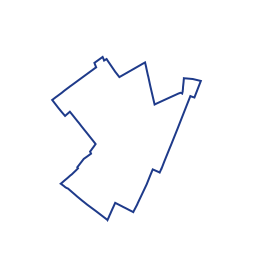 Florica, Buzau, Romania (orthographic projection), rotated 327°
{"feature_id": "2599482B16084496904113", "entity_name": "Florica", "entity_type": "district", "adm_level": 2, "iso_a3": "ROU", "parent_name": "Romania", "parent_adm1": "Buzau", "projection": "orthographic", "projection_center": [26.758, 44.911], "detail": "fine", "context": "isolated", "style": "outline", "palette": "blue", "viewbox_px": 256, "rotation_deg": 327, "n_neighbors": 0, "source": "geoboundaries", "source_scale": "gbopen_adm2", "svg_char_len": 2028}
<svg xmlns="http://www.w3.org/2000/svg" viewBox="0 0 256 256"><g transform="rotate(327 128 128)"><path d="M133.9,180.4L140.0,176.0L141.7,174.8L153.6,166.5L153.8,166.4L169.0,155.7L172.9,152.9L189.4,141.1L197.7,135.2L198.9,136.9L199.1,137.1L199.6,137.7L200.3,138.6L214.7,128.2L209.0,122.2L203.8,118.1L202.7,117.3L202.0,116.7L201.6,117.3L201.1,117.8L200.2,119.0L199.5,119.9L198.6,121.0L196.4,123.7L195.1,125.5L194.2,126.5L193.9,127.0L192.7,128.1L192.2,128.6L191.7,127.6L191.5,127.4L191.3,127.1L190.9,127.0L189.2,126.6L188.6,126.5L187.9,126.4L186.5,126.2L180.6,125.3L172.5,124.1L165.6,123.1L163.1,122.8L169.6,104.8L173.2,95.4L173.2,95.2L173.6,94.1L176.2,87.2L176.3,87.1L178.0,82.3L176.4,82.2L176.0,82.2L175.3,82.1L172.8,82.0L148.5,80.6L147.9,73.9L147.6,60.4L147.6,58.8L147.6,58.5L144.7,58.4L145.1,56.6L145.4,54.6L135.3,55.1L135.1,56.0L134.3,59.8L133.3,59.8L117.3,60.7L103.3,61.5L102.4,61.5L101.3,61.6L95.3,62.0L94.2,62.1L91.8,62.4L85.3,62.8L84.8,62.8L83.4,62.9L82.2,63.0L79.7,63.2L80.5,73.0L81.1,78.5L81.8,83.6L88.1,82.7L88.5,86.3L89.0,91.6L89.4,95.6L89.5,96.0L89.7,98.3L89.9,101.0L90.4,106.2L90.8,109.9L91.2,114.2L91.6,118.2L92.1,123.7L92.1,123.8L89.1,125.0L86.6,125.9L85.1,126.5L83.4,127.1L83.0,129.4L76.9,129.7L74.1,129.8L64.1,133.3L64.1,134.6L61.7,135.1L61.3,135.2L58.6,135.7L55.5,136.3L53.8,136.4L50.0,137.0L46.6,137.4L44.4,137.7L43.1,137.9L42.2,138.0L41.3,138.1L41.4,138.3L41.6,139.0L41.9,139.7L42.1,140.3L42.2,140.6L42.6,141.6L42.9,142.7L43.3,143.8L43.8,144.8L44.7,146.1L46.1,151.0L47.5,155.8L47.9,157.3L50.0,164.0L50.6,165.7L52.0,170.0L55.9,180.4L60.7,193.9L60.7,194.0L61.2,193.7L61.7,193.3L62.6,192.8L63.7,192.1L65.1,191.1L66.6,190.2L67.6,189.5L70.4,187.7L71.0,187.3L72.3,186.5L76.5,183.8L80.6,190.9L80.7,191.1L81.0,191.7L81.7,192.8L83.2,195.4L84.5,197.7L86.0,200.3L86.6,201.4L87.4,200.9L94.0,197.2L95.3,196.3L96.3,195.7L97.9,194.7L100.2,193.3L113.0,185.4L117.1,182.5L120.8,179.9L126.2,176.2L129.8,181.7L130.2,182.4L130.3,182.6L132.8,181.0L133.8,180.3L133.9,180.4Z" fill="none" stroke="#1e3a8a" stroke-width="2"/></g></svg>